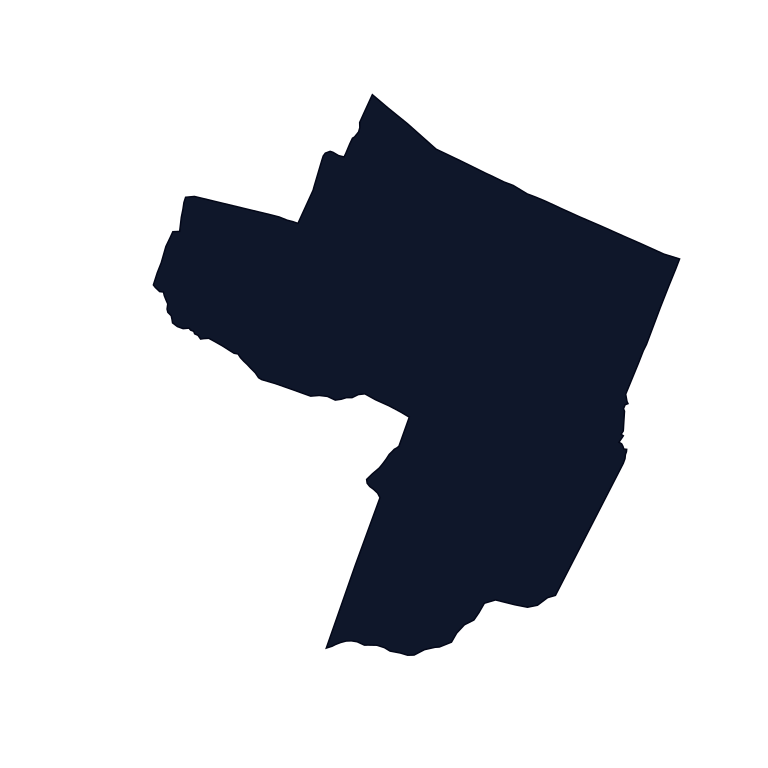 Doun Kaev, Takêv, Cambodia (Mercator projection), rotated 110°
{"feature_id": "14789045B36227834850403", "entity_name": "Doun Kaev", "entity_type": "district", "adm_level": 2, "iso_a3": "KHM", "parent_name": "Cambodia", "parent_adm1": "Takêv", "projection": "mercator", "projection_center": [104.801, 10.986], "detail": "fine", "context": "isolated", "style": "filled", "palette": "ink", "viewbox_px": 768, "rotation_deg": 110, "n_neighbors": 0, "source": "geoboundaries", "source_scale": "gbopen_adm2", "svg_char_len": 2355}
<svg xmlns="http://www.w3.org/2000/svg" viewBox="0 0 768 768"><g transform="rotate(110 384 384)"><path d="M524.0,150.6L376.7,132.0L371.7,132.0L367.8,133.0L364.8,133.0L362.4,133.6L363.1,136.4L360.9,138.1L358.9,140.3L358.4,143.3L355.6,142.6L353.3,142.0L350.8,141.4L350.2,144.0L346.3,143.1L343.8,143.8L341.2,144.6L327.3,148.7L325.3,150.5L321.0,150.3L319.0,148.0L317.3,149.7L310.9,153.4L277.2,152.0L264.0,151.7L257.1,150.9L217.4,150.5L194.3,149.9L175.9,149.2L165.4,149.0L166.2,165.6L164.4,188.8L163.1,209.2L161.3,234.5L160.0,257.5L158.5,277.3L157.0,294.7L156.5,305.1L156.4,310.9L156.4,314.4L153.2,330.5L153.1,340.6L151.9,351.8L151.1,361.0L148.3,386.4L146.5,404.8L145.5,415.3L143.5,420.4L131.4,450.9L123.1,475.0L116.1,493.9L137.0,495.6L141.1,495.9L146.6,496.3L151.4,494.4L155.8,494.1L162.0,496.2L163.8,497.7L170.2,498.3L180.6,498.8L184.3,499.2L184.9,504.8L183.7,511.2L183.8,514.2L187.1,518.1L190.5,519.1L195.3,518.9L222.8,517.2L226.2,516.9L262.5,519.8L262.6,525.3L263.2,531.2L262.9,539.6L263.6,546.8L272.6,626.3L276.4,634.3L281.8,634.1L288.6,632.7L296.6,631.5L310.5,628.2L313.1,634.5L319.3,635.0L329.3,636.0L346.3,634.8L356.9,635.1L369.8,634.6L371.5,631.9L372.4,629.8L373.9,626.4L373.0,622.7L376.1,620.7L379.8,617.4L382.7,614.6L387.8,613.5L390.6,611.6L392.6,607.3L395.8,605.3L398.9,603.6L400.7,597.8L400.7,591.7L398.2,586.3L399.5,584.2L399.6,580.8L401.6,579.1L401.9,575.4L404.5,571.7L403.0,568.9L401.0,564.3L401.7,559.5L403.4,549.2L405.4,540.2L406.4,535.4L405.7,531.4L408.3,528.0L410.6,523.5L412.4,519.3L414.7,514.8L417.5,508.8L421.0,504.0L421.7,500.4L420.8,486.7L420.6,471.2L420.5,448.8L416.9,440.9L415.0,432.9L415.8,424.3L412.9,418.9L409.7,414.7L407.7,409.3L402.7,404.5L399.8,398.6L400.5,394.2L401.7,386.6L402.8,371.8L404.6,359.0L406.5,348.9L437.4,348.7L439.8,350.2L441.8,352.0L444.6,353.2L448.3,355.0L453.6,356.2L459.0,357.8L464.5,359.7L472.2,364.1L479.6,367.7L483.0,365.9L485.2,362.3L486.5,357.9L488.7,352.7L492.2,348.9L564.6,349.0L651.9,347.9L648.2,343.1L645.4,340.5L641.8,336.4L638.5,331.7L636.5,326.8L635.4,321.0L636.1,313.1L634.8,309.8L631.9,301.3L631.6,293.4L632.9,287.0L631.2,276.6L630.8,269.1L628.4,263.0L619.8,255.1L613.9,245.9L612.2,242.0L603.5,232.3L593.2,230.5L582.8,226.1L575.0,218.8L566.5,216.6L555.7,214.7L548.8,205.4L546.7,185.5L544.7,172.8L539.4,164.1L528.8,157.2L524.0,150.6Z" fill="#0f172a" stroke="#020617" stroke-width="1.5"/></g></svg>